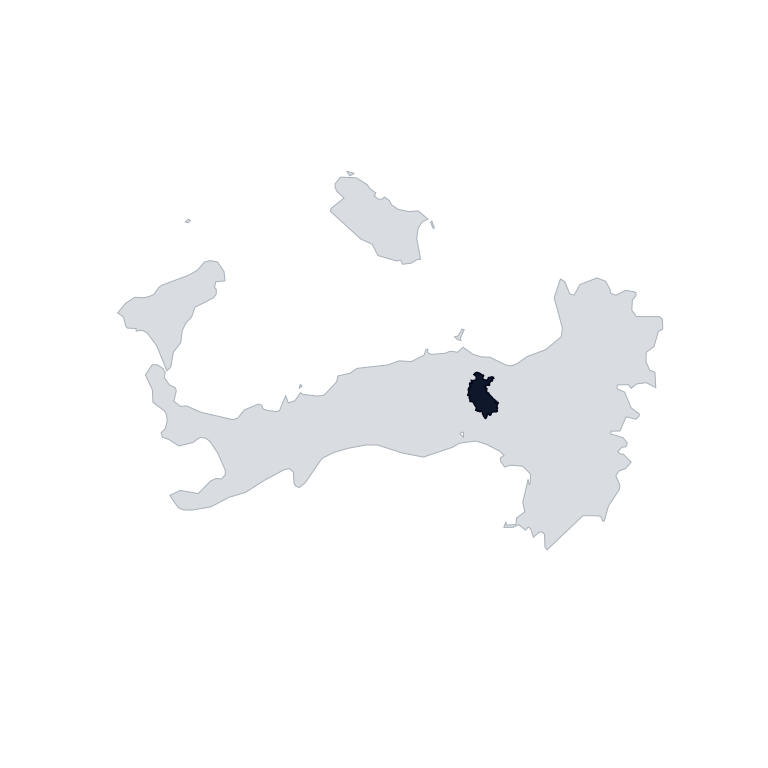 Firenze on a map of Italy (Mercator projection), rotated 125°
{"feature_id": "ITA-5386", "entity_name": "Firenze", "entity_type": "Province", "adm_level": 1, "iso_a3": "ITA", "parent_name": "Italy", "parent_adm1": "", "projection": "mercator", "projection_center": [11.33, 43.844], "detail": "fine", "context": "in_parent", "style": "filled", "palette": "ink", "viewbox_px": 768, "rotation_deg": 125, "n_neighbors": 0, "source": "natural_earth", "source_scale": "10m", "svg_char_len": 6577}
<svg xmlns="http://www.w3.org/2000/svg" viewBox="0 0 768 768"><g transform="rotate(125 384 384)"><path d="M179.3,187.1L183.3,189.5L198.5,184.3L207.7,187.3L215.3,182.3L220.2,174.6L219.1,168.7L231.1,159.3L232.5,170.0L239.2,177.2L245.8,179.0L244.3,183.3L250.8,192.2L253.4,191.3L254.2,189.8L252.6,182.3L261.8,167.8L262.1,157.7L263.8,156.6L268.3,157.4L272.0,166.8L287.2,163.8L292.4,171.0L294.8,169.6L290.9,157.3L292.7,151.0L296.7,149.9L299.5,152.9L305.4,153.7L305.7,150.0L304.2,147.5L306.2,136.7L315.0,137.7L320.1,141.6L326.2,141.5L331.4,132.9L335.5,130.7L355.1,130.2L369.7,125.0L370.9,126.1L368.2,130.3L369.1,132.9L377.8,145.5L426.3,155.3L425.5,158.4L415.2,166.2L414.4,169.2L416.0,171.8L423.8,173.7L418.4,181.0L418.4,183.8L422.6,184.2L422.0,193.1L427.1,195.8L432.7,203.6L427.0,205.0L429.3,202.9L423.6,195.3L417.6,198.5L408.0,195.3L401.5,202.4L379.4,211.3L383.2,207.3L381.6,207.2L373.6,212.5L371.8,223.2L377.9,233.8L382.8,237.6L380.6,244.0L377.6,246.4L373.7,244.7L372.6,250.4L374.7,265.6L378.1,276.2L389.0,288.0L396.9,291.8L421.2,309.7L430.1,329.6L437.7,354.4L444.1,363.6L457.4,376.7L469.4,386.2L480.6,392.1L510.0,391.9L517.4,394.0L518.3,398.1L516.9,400.8L508.1,407.7L507.6,413.0L511.8,416.8L531.7,426.8L552.1,435.2L565.8,446.0L583.6,455.1L597.4,468.9L602.3,476.2L603.2,481.8L599.8,491.5L598.0,495.5L588.1,489.9L580.3,473.3L562.9,470.4L557.8,467.5L554.9,462.5L549.4,462.0L545.6,464.7L536.1,480.2L530.9,493.6L530.6,499.0L533.4,504.2L541.8,507.1L552.5,516.6L552.8,528.3L554.7,534.9L551.9,538.6L546.5,537.6L539.2,540.0L534.1,544.3L532.0,548.3L531.5,562.8L521.7,570.3L513.4,584.7L501.1,584.9L498.2,580.4L498.1,573.8L500.2,569.7L504.7,567.8L507.8,559.2L506.8,553.1L508.6,550.3L518.6,546.2L519.1,537.6L515.3,533.6L512.2,517.9L499.9,487.3L496.0,484.3L485.2,483.5L472.5,475.3L471.7,471.9L473.8,468.6L472.4,464.1L468.4,456.3L465.7,454.4L449.9,457.8L454.4,451.5L448.8,447.4L439.0,447.4L439.1,444.6L432.2,431.8L427.5,426.7L409.5,424.0L403.7,426.3L394.8,418.1L386.7,415.1L366.2,391.8L356.3,384.8L350.0,374.5L337.4,367.7L331.7,369.4L330.3,368.1L333.3,366.1L332.6,362.1L324.1,351.9L319.2,348.6L315.7,341.9L308.5,340.3L308.7,328.4L306.0,319.9L301.3,312.7L298.6,295.3L296.4,290.4L291.2,286.7L279.5,282.5L263.2,271.3L243.8,265.9L235.9,269.9L215.7,294.1L196.8,299.7L196.4,294.7L203.6,283.5L202.1,279.2L190.3,280.6L174.9,270.4L172.7,261.4L177.1,252.7L179.7,250.7L178.3,244.9L168.9,240.0L165.0,232.3L164.8,229.7L167.2,228.3L172.7,228.8L181.4,223.3L184.0,215.9L170.8,196.9L171.3,193.0L179.3,187.1ZM381.4,292.8L382.0,288.3L378.1,291.1L379.2,293.2L381.4,292.8ZM497.8,569.4L483.0,592.1L478.0,607.3L478.7,613.1L482.8,617.3L480.8,618.9L485.3,626.1L485.2,628.0L478.6,636.0L478.5,643.0L466.0,642.0L455.9,637.9L450.9,629.9L446.9,626.5L442.6,623.8L433.9,623.9L430.0,622.3L406.7,606.3L397.6,602.1L387.1,601.0L382.9,597.5L379.5,590.4L383.7,579.5L390.6,573.4L396.8,580.4L402.2,578.1L402.5,575.9L406.3,573.1L411.1,573.0L429.6,582.9L439.2,580.1L448.0,581.2L456.1,579.9L466.6,574.2L478.7,574.8L492.8,568.3L497.8,569.4ZM275.9,444.0L282.3,462.6L276.3,473.9L278.6,486.0L273.3,526.9L270.5,528.1L254.6,523.4L253.3,532.7L251.3,536.5L248.1,538.9L239.5,538.3L231.0,525.0L230.3,511.8L232.1,507.9L232.2,500.2L235.5,499.8L235.8,494.6L233.9,491.8L230.6,490.8L230.6,485.0L232.9,480.5L232.9,472.7L228.6,462.6L222.5,455.2L223.8,442.5L229.0,445.7L236.7,445.5L245.9,440.7L260.9,425.6L263.0,428.3L269.3,430.9L275.2,437.4L273.0,441.5L275.9,444.0ZM304.1,345.9L305.4,349.0L305.0,353.2L301.9,350.8L294.3,351.7L293.5,349.5L302.7,347.7L304.1,345.9ZM233.2,531.5L231.1,536.3L228.8,530.1L229.1,529.2L233.2,531.5ZM228.2,433.2L224.9,438.5L223.1,438.3L227.4,432.2L228.2,433.2ZM365.3,639.8L361.2,638.8L361.1,636.5L364.3,636.9L365.3,639.8ZM436.0,451.0L432.5,452.5L432.6,449.9L436.0,451.0Z" fill="#d9dde1" stroke="#a8b0b8" stroke-width="1"/><path d="M318.8,302.1L318.1,301.2L316.4,299.9L315.8,298.7L316.4,297.3L317.7,297.9L318.1,297.9L318.4,297.8L318.9,297.2L319.5,297.1L320.5,298.0L321.1,298.2L323.0,298.0L323.5,297.7L324.0,297.2L324.5,296.9L325.1,297.4L325.3,297.7L325.6,298.7L326.0,299.0L327.2,299.4L328.2,300.0L328.6,300.1L328.7,297.4L328.7,297.1L329.1,296.8L330.0,296.7L331.6,295.2L331.9,294.8L331.9,294.4L331.8,294.1L331.6,293.7L331.4,293.3L331.4,293.1L331.5,293.0L332.3,291.4L333.0,287.3L333.5,286.5L333.5,286.1L333.4,284.9L333.4,284.6L333.4,284.2L333.6,283.8L333.8,283.5L334.0,283.3L334.0,283.2L334.1,282.9L334.0,282.7L333.8,282.3L334.4,282.4L334.9,282.4L335.5,282.2L335.8,282.0L335.9,281.8L335.9,281.6L335.7,281.5L335.6,281.4L334.4,280.9L334.1,280.7L333.9,280.6L333.8,280.3L333.7,280.2L333.8,279.8L333.8,279.7L334.0,279.6L336.8,279.1L337.2,278.9L338.4,277.7L338.5,277.5L338.6,277.4L338.6,277.2L338.8,277.1L339.1,277.0L339.8,277.0L340.1,276.9L340.3,276.8L340.4,276.7L340.7,276.0L340.8,275.9L341.1,275.7L341.3,275.6L341.7,275.7L341.9,275.8L342.4,276.0L342.5,276.2L342.7,276.4L342.8,276.8L343.1,277.2L344.4,278.8L344.8,279.2L345.6,279.4L345.9,279.4L346.8,279.4L347.0,279.3L347.2,279.1L347.3,279.0L347.4,278.9L347.6,278.8L347.8,278.8L348.2,278.9L348.8,279.4L349.0,279.7L349.0,279.9L348.9,280.0L348.4,280.6L348.3,280.8L348.2,280.9L348.2,281.1L348.4,281.3L348.7,281.4L349.9,281.7L350.3,281.7L350.6,281.6L351.5,281.2L352.0,281.0L353.1,281.0L353.2,280.9L353.5,280.9L353.9,281.0L354.0,281.0L354.1,281.5L353.9,281.9L353.8,282.2L353.5,282.8L353.3,283.5L353.2,283.9L353.1,284.1L352.4,285.0L352.2,285.5L352.1,285.8L351.8,286.4L351.6,286.5L350.9,286.6L350.7,286.7L350.6,286.8L350.5,287.1L350.5,287.8L350.5,288.0L350.6,288.4L350.8,288.7L351.7,289.5L351.8,289.7L351.8,289.9L351.8,290.6L351.8,290.9L351.9,291.1L352.2,291.3L352.4,291.4L352.6,291.6L352.6,291.9L352.7,293.6L352.9,293.9L352.4,294.2L351.3,294.2L350.9,294.4L350.5,294.8L349.8,295.7L349.7,296.0L349.6,296.8L349.5,297.1L347.9,300.2L347.7,301.6L348.0,302.0L348.9,303.2L348.9,303.6L348.6,303.9L347.4,304.6L347.3,304.8L347.1,305.0L346.8,305.8L346.6,306.2L346.4,306.3L345.5,306.3L345.2,306.4L344.9,306.6L344.8,307.1L344.8,307.4L345.2,308.2L345.2,308.9L344.6,309.2L342.1,309.8L341.5,310.2L341.1,310.9L340.8,311.0L340.3,311.7L339.9,312.0L337.5,312.3L337.3,312.0L337.1,311.5L336.7,311.4L336.5,311.6L335.6,313.3L335.3,313.6L334.4,314.2L334.0,314.3L333.6,314.0L333.5,313.5L333.5,313.0L333.4,312.4L332.9,312.4L331.0,314.6L330.5,313.5L329.5,312.3L328.3,311.4L327.5,311.2L325.6,312.2L325.2,312.6L324.9,313.3L324.7,315.8L322.2,315.4L321.3,314.7L320.7,313.4L320.3,311.7L320.3,310.3L320.4,309.5L320.4,309.0L320.3,308.6L319.9,308.1L319.8,307.9L319.8,307.5L320.1,307.1L322.4,306.8L323.1,305.6L323.0,304.1L322.3,302.7L321.5,301.6L319.3,301.9L318.8,302.1Z" fill="#0f172a" stroke="#020617" stroke-width="1.5"/></g></svg>